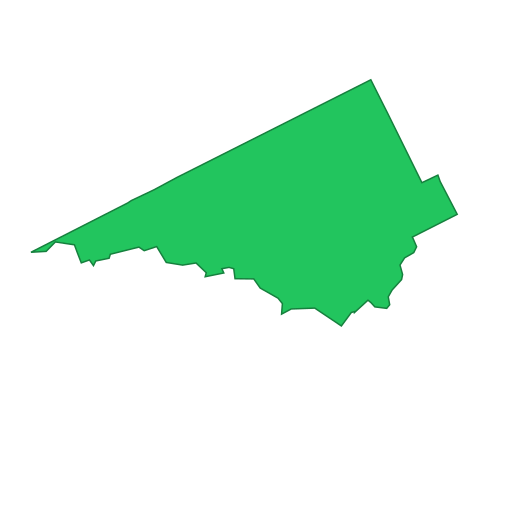 the district of Thurston, Washington, United States of America, rotated 153°
{"feature_id": "52423323B46742889788389", "entity_name": "Thurston", "entity_type": "district", "adm_level": 2, "iso_a3": "USA", "parent_name": "United States of America", "parent_adm1": "Washington", "projection": "robinson", "projection_center": [-122.739, 46.976], "detail": "fine", "context": "isolated", "style": "filled", "palette": "green", "viewbox_px": 512, "rotation_deg": 153, "n_neighbors": 0, "source": "geoboundaries", "source_scale": "gbopen_adm2", "svg_char_len": 918}
<svg xmlns="http://www.w3.org/2000/svg" viewBox="0 0 512 512"><g transform="rotate(153 256 256)"><path d="M57.8,201.8L58.1,238.8L57.2,245.5L74.9,246.0L73.9,324.6L73.9,329.7L73.8,346.5L73.7,360.9L290.6,361.9L316.9,361.3L342.0,362.0L346.1,361.5L454.8,361.5L440.9,355.4L428.4,359.6L412.7,348.4L413.7,340.0L414.8,329.2L406.2,328.1L405.2,321.2L401.0,324.3L387.9,320.7L385.0,323.7L356.3,317.1L353.2,311.5L340.2,309.5L338.9,291.0L325.5,281.2L312.6,277.0L307.9,263.7L310.7,260.6L292.4,255.5L292.2,260.2L285.2,258.1L281.6,254.8L285.0,245.3L268.4,236.6L266.8,225.5L255.5,208.4L254.1,201.6L259.6,192.6L248.6,192.8L227.3,182.9L211.7,154.9L196.7,162.4L193.6,161.8L194.0,160.9L176.3,165.8L174.7,162.2L173.2,156.7L163.3,150.0L159.0,151.9L156.7,159.6L150.2,163.9L137.0,168.9L133.8,172.9L131.8,182.6L124.4,186.9L113.9,187.4L108.7,191.3L108.2,198.9L108.1,201.9L57.8,201.8Z" fill="#22c55e" stroke="#15803d" stroke-width="1.5"/></g></svg>